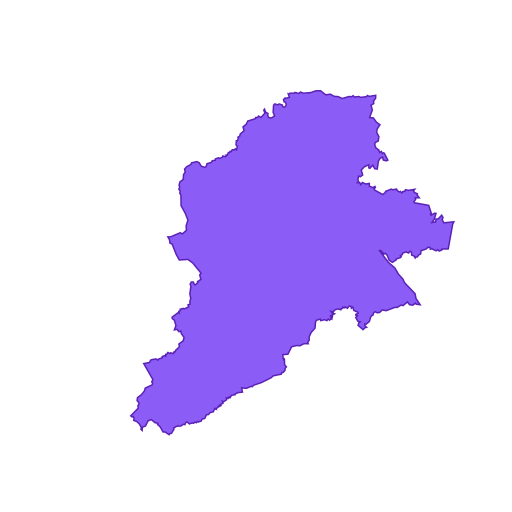 Kabin Buri, Prachin Buri, Thailand (orthographic projection), rotated 60°
{"feature_id": "78962969B13244714899487", "entity_name": "Kabin Buri", "entity_type": "district", "adm_level": 2, "iso_a3": "THA", "parent_name": "Thailand", "parent_adm1": "Prachin Buri", "projection": "orthographic", "projection_center": [101.817, 13.854], "detail": "fine", "context": "isolated", "style": "filled", "palette": "violet", "viewbox_px": 512, "rotation_deg": 60, "n_neighbors": 0, "source": "geoboundaries", "source_scale": "gbopen_adm2", "svg_char_len": 6093}
<svg xmlns="http://www.w3.org/2000/svg" viewBox="0 0 512 512"><g transform="rotate(60 256 256)"><path d="M380.3,138.2L372.8,138.7L368.2,137.1L353.4,140.7L349.5,140.3L343.0,141.7L335.9,141.7L327.8,144.5L313.1,146.4L313.6,145.2L318.3,144.2L318.3,142.7L321.0,142.0L326.2,142.8L329.7,141.1L329.5,136.6L328.7,136.1L329.6,131.9L329.3,130.6L328.0,130.8L327.9,128.5L326.8,127.5L327.5,124.0L329.7,122.4L328.9,120.2L330.3,119.5L333.1,120.7L335.1,119.1L337.3,119.1L336.6,118.0L337.5,116.8L336.4,114.6L336.6,112.4L333.9,110.4L335.0,105.3L334.5,102.8L335.6,101.0L337.3,101.6L337.7,100.1L341.6,97.4L341.5,95.4L343.3,94.9L343.7,92.2L342.9,91.6L346.0,86.0L326.7,69.7L325.3,67.6L321.2,76.7L317.7,76.7L316.2,74.8L313.5,74.8L315.0,79.6L314.0,81.6L316.3,83.5L315.0,86.9L313.3,83.2L309.1,78.8L308.2,80.0L308.2,84.0L307.2,84.1L306.6,82.8L298.5,81.1L289.1,92.2L287.8,91.9L286.9,89.5L285.2,89.0L287.2,85.5L283.8,86.0L282.8,85.1L280.3,87.0L278.3,87.1L277.6,85.2L275.4,91.1L273.3,93.5L274.4,94.9L273.6,96.6L274.4,98.1L272.3,98.7L272.3,99.7L270.2,100.9L268.3,100.8L267.0,104.5L265.7,105.4L264.8,111.5L265.7,112.4L266.1,115.5L258.4,120.2L256.8,120.2L256.4,118.4L255.3,118.2L255.1,120.6L252.3,122.9L249.8,121.6L248.5,125.0L245.5,127.1L246.6,129.7L244.4,129.5L243.3,131.3L243.1,129.9L241.1,129.8L238.1,127.2L239.5,126.0L239.2,123.1L234.2,121.9L232.9,117.4L233.4,112.8L236.2,114.2L237.0,113.6L235.7,109.5L239.8,109.5L241.3,107.5L235.1,102.6L233.4,99.6L233.7,96.9L236.6,97.8L238.8,95.5L238.9,93.9L231.3,93.5L230.5,93.8L230.3,95.4L228.2,95.1L228.1,97.2L225.8,96.6L222.3,98.1L219.5,97.7L217.4,96.3L217.5,92.6L214.1,89.9L209.2,89.7L206.6,87.6L204.3,83.0L200.3,84.8L195.1,85.3L192.9,88.4L187.8,82.3L182.9,81.0L182.9,77.9L180.5,76.6L179.2,73.5L176.7,72.0L174.4,78.1L172.7,79.3L173.2,80.8L170.9,86.1L169.3,87.2L167.6,91.1L165.7,91.8L165.9,93.7L164.4,95.6L162.7,102.6L159.0,105.2L156.8,108.5L153.1,110.6L151.3,115.0L145.1,117.5L142.8,121.7L141.9,126.8L138.6,133.7L136.3,135.4L136.6,137.7L133.8,140.5L134.2,141.2L131.9,145.4L132.3,146.5L131.7,147.0L135.2,147.7L134.5,151.3L133.7,151.7L134.2,153.9L136.5,154.6L136.8,153.9L139.2,153.8L140.9,154.8L141.3,157.2L140.1,158.2L138.4,157.7L136.0,159.8L135.7,162.0L133.7,163.6L134.2,165.4L140.1,169.3L144.0,169.9L144.2,173.6L142.6,175.7L140.6,175.8L138.6,174.4L136.0,175.8L133.1,175.2L133.5,176.3L136.7,176.8L138.5,182.4L136.1,183.8L136.8,185.4L135.9,187.1L136.8,187.9L135.0,195.6L136.9,198.4L137.7,202.7L141.5,203.7L142.5,208.7L144.0,210.1L144.1,212.3L145.3,212.5L146.9,214.6L146.4,215.4L149.7,217.7L151.7,217.4L154.3,219.8L152.8,220.4L153.3,221.7L152.1,223.4L153.2,225.4L152.4,226.0L153.2,227.3L152.6,228.2L154.1,230.2L153.7,231.5L154.4,231.3L154.7,232.8L152.8,234.8L153.6,235.4L153.4,238.5L152.2,239.4L151.6,242.7L152.8,243.6L151.6,246.1L152.6,248.2L151.5,252.1L153.6,254.6L153.7,256.0L150.7,258.6L147.0,258.5L144.7,260.0L143.1,265.2L144.2,266.6L144.0,271.1L145.0,274.4L148.0,275.4L149.2,278.0L153.3,280.8L153.8,284.9L156.2,287.2L158.8,288.0L159.5,289.4L161.9,289.2L163.5,290.6L166.0,290.7L174.9,295.7L183.5,295.9L190.9,297.0L194.8,301.3L199.0,303.5L200.0,308.9L198.0,309.9L196.7,320.4L195.4,322.8L198.7,322.8L201.8,324.1L203.8,322.7L214.7,324.3L221.1,324.4L224.9,316.7L230.3,314.3L243.4,312.2L244.2,314.2L248.7,315.4L248.9,319.4L249.8,319.4L250.7,322.8L249.5,323.7L247.3,323.2L246.2,325.0L247.4,327.1L249.5,327.4L255.7,332.2L260.1,333.7L262.4,336.1L264.8,337.2L264.3,339.3L266.4,339.8L265.9,344.8L265.0,345.2L264.2,348.3L265.4,348.7L265.4,350.6L267.0,351.1L266.1,351.6L267.0,359.2L268.3,359.8L270.8,358.8L276.2,360.1L279.2,363.6L280.0,361.1L283.0,360.6L283.4,358.7L285.9,359.5L290.5,359.0L293.0,361.4L293.7,366.8L295.9,367.5L296.6,368.7L297.4,372.6L298.6,374.1L298.0,374.8L299.2,376.4L297.2,378.2L297.5,379.3L295.5,380.5L296.6,382.9L296.1,383.4L297.5,384.4L296.6,385.0L296.2,387.5L297.3,388.0L296.5,392.2L297.1,393.1L295.1,394.1L293.7,397.9L293.5,399.4L295.0,401.4L293.0,407.0L311.5,407.1L312.9,409.3L314.1,408.9L315.7,410.4L315.0,417.9L317.1,420.1L318.8,424.5L319.4,429.5L321.8,431.3L324.6,430.8L325.9,431.5L326.5,433.1L328.9,434.1L331.8,444.4L333.4,443.8L333.7,442.6L335.7,442.7L337.2,444.1L339.8,442.0L343.2,441.0L347.4,441.1L348.5,442.3L350.1,441.8L347.5,440.1L348.0,436.7L344.8,432.0L345.3,428.4L349.8,426.9L351.7,424.7L352.7,425.5L356.0,424.4L361.9,424.5L363.0,422.7L367.3,420.6L366.7,419.8L367.3,417.9L365.0,413.7L363.8,413.2L363.8,409.7L365.7,406.0L365.4,403.1L366.5,401.9L364.9,399.7L365.5,398.5L368.1,397.7L368.7,394.7L369.7,393.7L369.2,392.3L370.6,390.9L370.0,389.3L371.0,388.8L371.5,385.8L370.2,384.2L371.1,381.7L368.7,378.3L369.5,376.6L368.7,373.7L369.6,370.9L367.6,368.2L368.7,367.2L367.9,367.1L368.5,366.5L367.4,363.6L368.0,363.6L368.0,361.2L366.9,361.5L367.0,358.2L365.0,357.7L366.0,357.0L365.9,354.0L365.5,353.0L364.0,352.6L364.9,351.7L364.7,350.5L365.4,350.6L364.8,349.4L365.7,349.2L364.4,346.8L365.7,343.5L365.0,343.0L365.4,339.8L367.1,335.8L363.0,334.3L365.8,330.5L366.4,325.6L367.3,324.6L366.7,322.7L368.3,314.8L369.0,303.8L368.4,301.0L371.0,293.1L369.8,291.9L370.4,290.7L369.6,288.1L368.0,287.1L367.2,285.1L364.5,285.6L360.0,283.2L359.5,283.9L358.9,283.0L358.0,283.6L354.8,282.1L357.0,277.5L352.4,270.5L354.0,265.2L355.7,263.0L355.9,258.4L358.1,254.6L356.6,254.4L355.5,252.0L352.6,250.4L349.8,246.4L348.0,241.0L342.6,237.2L341.9,235.6L342.8,231.9L344.4,232.2L345.4,228.5L347.4,226.9L346.8,224.9L348.4,224.3L347.8,222.4L348.6,221.9L346.4,220.0L346.2,221.7L345.1,221.6L345.3,217.0L343.7,218.6L341.4,218.8L343.2,217.0L342.1,215.0L342.6,211.8L345.0,209.4L344.2,208.7L344.7,207.2L343.7,206.5L345.2,205.1L344.6,204.2L347.0,203.0L345.9,200.3L347.2,198.9L348.9,199.5L348.6,197.7L352.1,198.5L355.7,195.8L356.7,196.6L356.4,198.7L357.2,199.1L358.5,198.1L359.1,200.4L363.5,200.4L365.1,198.7L365.4,200.5L367.1,202.3L373.3,200.1L372.6,197.6L373.1,195.9L370.3,196.5L369.2,195.8L370.1,194.6L369.4,190.6L365.8,186.7L365.5,183.9L364.0,182.6L363.8,180.7L365.7,179.5L366.7,177.4L365.9,173.5L368.4,170.7L370.0,161.2L371.1,159.6L371.1,154.6L372.5,153.5L371.5,147.8L374.9,147.4L377.0,144.8L376.5,141.6L377.8,141.4L380.3,138.2Z" fill="#8b5cf6" stroke="#5b21b6" stroke-width="1.5"/></g></svg>